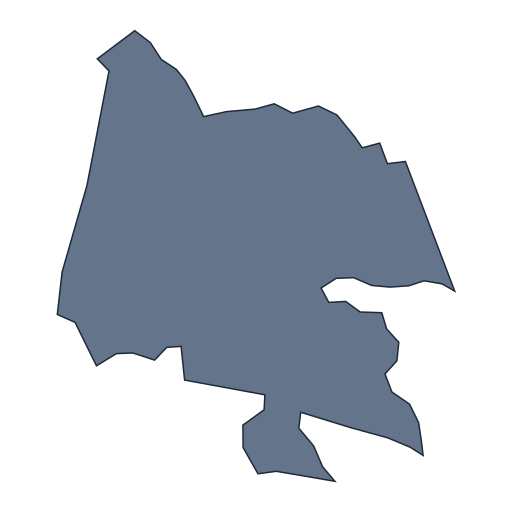 Harmonia, Rio Grande do Sul, Brazil
{"feature_id": "56859067B90836934538092", "entity_name": "Harmonia", "entity_type": "district", "adm_level": 2, "iso_a3": "BRA", "parent_name": "Brazil", "parent_adm1": "Rio Grande do Sul", "projection": "robinson", "projection_center": [-51.418, -29.546], "detail": "fine", "context": "isolated", "style": "filled", "palette": "slate", "viewbox_px": 512, "rotation_deg": 0, "n_neighbors": 0, "source": "geoboundaries", "source_scale": "gbopen_adm2", "svg_char_len": 945}
<svg xmlns="http://www.w3.org/2000/svg" viewBox="0 0 512 512"><path d="M379.7,143.1L362.2,147.8L354.5,136.6L337.0,115.0L318.4,106.0L292.7,113.2L274.2,103.8L255.1,109.1L226.7,111.6L203.6,116.6L193.8,96.3L185.1,80.4L176.3,69.4L161.2,59.4L150.3,42.6L134.7,30.7L97.3,58.8L109.0,71.0L87.0,185.3L62.1,272.1L57.3,314.5L75.1,322.4L83.8,340.1L96.5,365.8L116.4,353.6L132.9,353.0L154.6,360.1L166.8,347.3L181.1,346.4L184.6,380.1L264.9,394.8L264.1,409.8L242.9,425.1L243.1,447.6L258.0,473.8L276.3,471.3L334.9,481.3L322.7,466.9L313.7,446.0L298.8,428.2L300.7,412.3L350.5,427.6L387.9,437.9L410.1,447.2L423.1,455.4L421.3,440.4L418.6,422.6L409.6,404.2L391.9,392.0L385.0,373.9L396.9,360.8L398.8,342.3L386.6,328.9L381.8,312.7L360.1,312.0L345.7,301.4L328.8,302.4L321.1,288.0L336.2,278.3L353.7,277.7L371.7,285.5L390.0,287.1L408.8,285.8L423.9,280.8L442.2,283.9L454.7,291.1L405.4,161.5L387.4,163.7L379.7,143.1Z" fill="#64748b" stroke="#1e293b" stroke-width="1.5"/></svg>